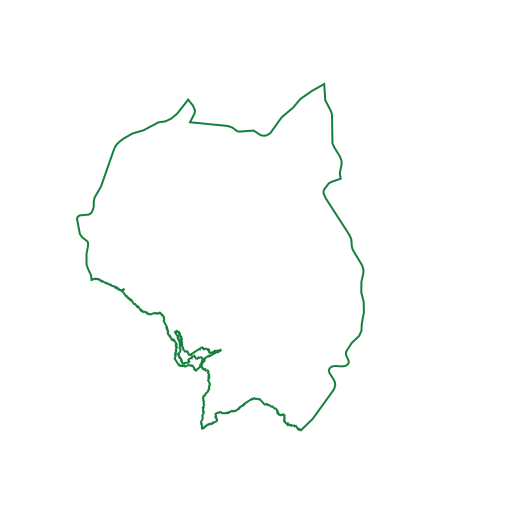 La Isabela, Puerto Plata, Dominican Republic, rotated 237°
{"feature_id": "3306468B2817273614412", "entity_name": "La Isabela", "entity_type": "district", "adm_level": 2, "iso_a3": "DOM", "parent_name": "Dominican Republic", "parent_adm1": "Puerto Plata", "projection": "equal_earth", "projection_center": [-71.164, 19.801], "detail": "fine", "context": "isolated", "style": "outline", "palette": "green", "viewbox_px": 512, "rotation_deg": 237, "n_neighbors": 0, "source": "geoboundaries", "source_scale": "gbopen_adm2", "svg_char_len": 6146}
<svg xmlns="http://www.w3.org/2000/svg" viewBox="0 0 512 512"><g transform="rotate(237 256 256)"><path d="M274.7,369.1L279.6,371.2L286.5,377.9L289.5,379.7L294.0,380.6L304.4,380.8L308.9,381.5L333.1,396.7L336.4,397.7L349.1,399.0L363.1,406.9L364.0,392.5L363.5,378.6L360.2,367.9L358.4,353.2L351.4,335.4L351.2,332.9L351.5,330.3L352.5,328.2L354.6,325.8L362.5,322.3L369.7,309.2L371.3,308.1L376.8,306.0L380.5,303.0L404.1,273.5L409.1,282.2L411.4,284.2L416.5,285.0L424.1,284.3L418.3,267.4L417.4,259.4L418.3,253.3L421.2,247.0L422.7,230.1L426.0,219.2L426.6,208.9L426.3,204.5L425.5,200.2L424.4,197.6L422.2,194.2L398.7,163.9L393.0,152.6L390.0,149.5L385.6,146.7L382.6,143.0L381.7,140.7L381.8,138.3L386.1,130.2L386.0,128.0L385.0,126.3L370.4,120.3L366.3,120.4L360.3,122.5L358.6,122.4L356.0,120.7L350.1,115.0L341.2,109.3L338.1,108.4L329.6,107.1L325.6,105.1L325.6,106.2L325.2,106.2L325.2,107.3L324.4,107.9L324.4,109.0L324.0,109.0L323.1,110.7L322.3,110.7L321.9,111.8L319.4,112.3L319.4,112.9L318.6,112.9L318.6,113.5L315.2,115.1L315.2,115.7L313.6,116.3L313.6,116.8L311.1,117.9L311.1,118.5L309.0,119.1L307.7,120.7L306.5,120.7L306.5,121.3L305.6,121.3L305.6,121.9L304.4,121.9L304.4,122.4L303.1,122.4L303.1,123.0L301.9,123.0L301.1,124.1L300.2,124.1L300.2,126.9L299.8,126.9L299.8,124.7L292.7,125.2L292.7,125.8L290.2,125.8L290.2,126.3L288.5,126.3L288.5,126.9L286.9,126.9L286.9,127.5L282.3,127.5L281.4,128.6L278.5,128.6L278.5,129.1L277.3,129.1L277.3,129.7L273.1,129.7L273.1,130.3L271.9,130.3L271.9,130.8L270.6,130.8L269.8,132.5L268.1,133.1L268.1,133.6L266.4,133.6L266.0,134.7L265.2,134.7L264.4,135.9L263.5,139.8L263.1,139.8L262.3,141.5L261.4,141.5L261.0,144.3L260.2,144.3L260.2,144.8L257.7,144.8L257.7,145.4L254.4,145.4L254.4,144.8L252.3,144.3L251.8,143.1L244.8,142.6L244.8,142.0L243.5,142.0L243.5,141.5L241.0,141.5L241.0,140.9L238.9,140.3L238.9,139.8L235.6,139.8L235.6,140.3L231.8,139.8L231.8,140.3L231.0,140.3L231.0,140.9L230.2,140.9L230.2,141.5L225.6,141.5L225.6,140.9L224.7,140.9L224.7,140.3L223.9,140.3L223.9,139.8L222.7,139.8L222.7,139.2L221.4,138.7L221.0,137.5L219.7,137.5L218.9,135.9L218.1,135.9L217.7,134.7L216.8,134.7L216.8,134.2L216.0,134.2L214.3,131.9L206.4,131.9L206.4,132.5L205.2,132.5L204.3,133.6L204.3,134.7L203.5,134.7L203.1,135.9L201.8,136.4L201.4,139.8L200.6,140.3L199.7,142.0L198.9,142.0L198.5,143.1L194.3,143.1L194.3,142.6L192.6,143.1L193.5,148.7L195.1,149.9L195.1,151.5L196.4,152.1L196.8,153.2L198.1,154.3L198.1,155.5L198.5,154.9L198.9,155.5L201.0,154.9L201.4,153.2L202.2,152.7L201.8,151.0L202.2,151.0L202.6,149.9L206.0,149.9L206.0,145.9L205.6,145.9L206.0,145.4L206.0,143.1L205.6,142.6L203.9,142.6L203.9,140.9L203.5,140.9L204.7,139.2L204.7,137.5L205.2,137.5L205.6,135.9L208.1,135.9L208.1,136.4L209.3,136.4L209.3,137.0L212.2,137.0L212.2,136.4L213.1,136.4L213.1,137.0L215.6,137.0L215.6,137.5L216.4,137.5L216.8,139.7L218.1,141.5L221.0,142.0L221.8,143.7L222.7,143.7L222.7,144.3L223.5,144.3L223.5,144.8L225.2,144.8L225.2,145.4L226.4,145.4L226.4,145.9L228.5,145.9L228.5,145.4L228.9,145.4L228.9,145.9L230.2,145.9L230.2,146.5L235.6,146.5L235.6,147.1L236.4,147.1L236.4,148.7L234.3,149.3L234.3,149.9L232.7,149.9L232.7,149.3L231.4,149.3L231.4,148.7L229.3,149.3L229.3,148.7L227.2,148.7L227.2,148.2L226.4,148.2L226.4,147.6L223.9,147.1L223.1,145.9L222.2,145.9L222.2,145.4L218.9,144.8L218.9,144.3L214.7,144.3L214.3,145.4L213.1,145.9L213.1,146.5L209.7,145.9L209.3,147.1L208.9,147.1L208.9,148.2L208.5,148.2L208.9,148.7L208.9,158.3L208.5,158.3L208.9,158.8L208.9,160.5L208.5,161.1L207.2,161.1L207.2,161.6L206.0,161.6L206.0,162.7L204.7,164.4L203.5,164.4L203.5,165.5L202.2,165.5L201.4,164.4L199.7,164.4L199.3,166.1L198.9,166.1L198.9,170.0L198.1,170.6L197.6,172.3L196.8,172.3L196.8,175.0L196.0,175.0L196.0,171.7L196.8,170.6L197.2,162.7L197.6,162.7L197.6,161.6L198.1,161.6L198.1,157.7L196.0,155.5L195.6,152.7L194.7,152.1L193.9,150.4L193.1,150.4L193.1,149.9L190.5,149.9L190.5,150.4L189.3,150.4L188.9,151.5L188.5,151.0L187.2,151.5L186.4,153.2L184.7,153.2L184.3,152.1L181.8,152.1L181.4,151.0L180.1,151.0L180.1,149.9L178.9,149.9L178.0,148.2L173.5,147.6L172.6,145.9L171.8,145.9L171.4,144.8L169.7,144.3L169.7,143.1L168.5,142.0L168.0,138.7L167.2,138.1L167.2,136.4L166.8,136.4L166.8,135.3L165.9,134.2L164.7,134.2L163.9,133.1L162.2,133.1L161.4,131.9L159.3,131.4L158.9,130.3L157.6,129.7L157.6,128.6L156.4,128.6L155.5,127.5L154.3,127.5L154.3,126.9L153.0,126.9L151.4,124.1L148.9,123.0L146.8,119.6L145.1,119.1L145.1,118.5L143.0,118.5L142.2,117.4L140.5,116.8L140.1,118.5L140.5,118.5L140.5,121.3L140.9,121.3L140.9,124.1L140.5,124.1L140.5,125.8L139.7,126.3L139.7,128.0L139.3,128.0L139.7,129.1L139.3,129.1L138.9,133.1L139.7,134.2L142.6,134.2L142.6,134.7L143.4,134.7L143.4,135.3L145.5,135.9L145.5,138.7L144.7,139.2L144.7,140.9L144.3,141.5L142.6,142.0L140.9,144.3L140.9,145.4L140.1,145.9L140.1,147.1L139.7,147.1L139.7,148.2L139.3,148.2L139.3,151.5L138.0,152.1L138.0,153.8L137.2,154.3L137.2,158.3L137.6,158.3L137.6,159.9L138.0,159.9L138.0,163.3L137.6,163.3L137.6,164.4L138.0,164.4L138.0,165.5L138.4,165.5L138.4,174.5L138.0,174.5L138.0,175.6L137.6,175.6L137.6,177.3L136.3,177.8L135.1,180.1L134.3,180.1L133.8,181.2L126.8,182.3L126.3,184.0L125.5,184.0L125.5,184.6L124.3,185.0L124.2,185.7L121.3,186.8L120.9,187.9L118.0,188.5L117.2,189.6L113.8,189.6L113.8,189.0L112.6,189.0L112.6,188.5L112.1,188.5L112.1,189.0L110.1,189.0L110.1,189.6L108.8,190.2L108.8,191.3L108.4,191.3L108.0,193.0L106.3,193.0L105.5,191.8L104.3,191.8L103.4,190.3L102.1,190.2L102.1,189.6L98.8,190.2L98.8,190.7L97.9,190.7L98.0,191.3L96.8,190.7L96.3,192.4L95.4,192.3L95.1,193.5L94.2,193.5L93.0,195.8L92.1,195.7L91.7,196.9L88.0,196.9L88.0,197.4L87.1,197.4L87.1,198.0L86.3,198.0L85.9,199.2L85.4,199.1L88.5,214.7L100.8,246.6L102.4,249.8L104.7,252.2L106.6,253.2L109.7,253.9L117.9,253.9L120.5,254.8L121.7,256.7L122.0,259.1L120.8,262.3L116.7,267.8L115.2,270.8L115.0,273.1L115.7,275.3L117.2,276.5L124.3,277.7L126.7,279.5L130.9,288.8L132.8,299.0L135.9,303.8L141.2,307.5L150.0,315.8L159.0,321.4L168.0,324.4L176.9,330.3L182.9,336.4L185.8,338.6L190.3,339.9L208.4,340.5L211.7,341.5L218.1,345.0L222.8,345.8L266.0,345.9L271.6,346.7L273.5,347.9L274.8,349.7L277.3,356.7L277.0,360.0L274.7,369.1Z" fill="none" stroke="#15803d" stroke-width="2"/></g></svg>